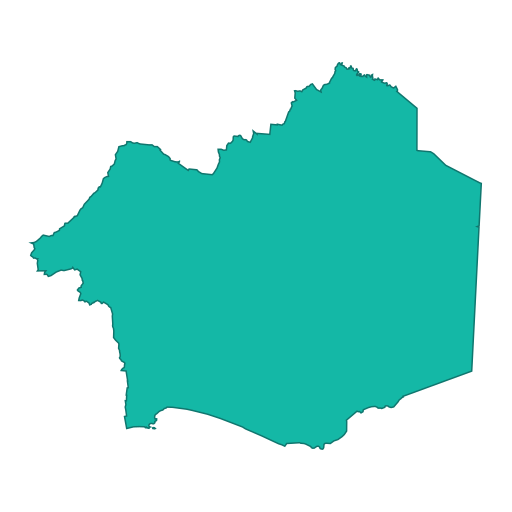 outline of Alexandrina, South Australia, Australia
{"feature_id": "25037944B24690359827006", "entity_name": "Alexandrina", "entity_type": "district", "adm_level": 2, "iso_a3": "AUS", "parent_name": "Australia", "parent_adm1": "South Australia", "projection": "mercator", "projection_center": [138.826, -35.338], "detail": "fine", "context": "isolated", "style": "filled", "palette": "teal", "viewbox_px": 512, "rotation_deg": 0, "n_neighbors": 0, "source": "geoboundaries", "source_scale": "gbopen_adm2", "svg_char_len": 5915}
<svg xmlns="http://www.w3.org/2000/svg" viewBox="0 0 512 512"><path d="M157.3,146.6L154.3,146.6L152.1,144.9L149.1,144.9L140.4,144.0L139.2,143.7L137.1,142.7L134.2,143.3L132.3,142.8L130.7,141.7L126.9,141.7L126.8,143.2L126.2,144.6L124.8,145.1L124.3,145.6L122.2,145.8L118.9,146.7L117.7,151.4L115.4,154.7L116.1,158.9L115.2,160.5L114.3,164.0L112.0,166.1L110.7,166.5L110.2,169.0L107.8,172.6L108.5,176.4L106.8,176.6L104.7,177.6L103.4,178.7L102.2,183.1L100.4,186.9L99.3,186.8L98.2,188.1L97.9,190.0L94.9,192.8L93.8,193.3L91.1,196.5L89.8,197.3L89.1,199.2L84.3,204.3L82.7,207.8L81.1,208.7L80.0,210.1L77.3,215.7L75.6,216.4L75.0,216.2L74.2,216.8L74.4,217.0L67.8,223.2L65.1,223.2L64.8,223.7L64.4,225.9L59.6,228.8L59.4,230.4L56.1,232.1L54.3,232.6L52.9,235.6L51.4,235.5L49.2,236.5L43.2,235.1L41.5,236.5L40.5,237.9L36.3,241.5L34.2,242.5L31.1,242.9L33.7,244.1L34.2,247.7L34.8,248.4L34.5,249.5L31.6,252.8L30.7,255.4L31.5,256.2L32.6,256.8L33.6,258.1L35.2,258.0L36.3,258.7L37.3,258.8L37.0,259.0L37.8,260.3L37.3,263.3L38.2,269.7L37.4,270.9L45.9,270.8L44.6,272.5L44.3,274.4L46.5,274.3L47.4,274.8L48.3,276.4L51.0,275.6L56.3,272.0L61.1,270.1L64.0,270.6L70.9,268.9L72.6,268.1L72.8,267.5L74.7,269.9L77.1,269.1L80.7,271.7L80.1,274.8L82.1,278.5L82.3,280.4L82.7,280.6L83.2,283.2L81.3,285.6L81.1,286.2L81.2,287.3L78.9,288.0L77.4,290.0L78.0,290.9L80.3,292.4L80.8,293.7L79.2,298.0L78.7,300.5L80.9,300.6L82.2,300.0L83.9,300.7L85.0,301.9L85.9,301.3L86.6,301.3L89.0,303.0L89.7,304.9L91.3,304.3L91.7,303.4L92.7,303.1L93.3,302.4L93.8,302.7L95.2,301.5L97.6,300.4L100.8,302.2L101.3,303.4L102.0,303.5L103.6,302.1L107.9,304.7L108.7,306.2L109.7,307.1L110.7,307.5L112.6,314.0L112.3,316.1L112.8,324.2L112.6,325.2L112.7,326.6L113.5,328.4L113.8,331.0L113.6,337.6L115.6,340.2L118.6,343.1L118.9,344.2L118.6,348.3L119.6,350.6L119.6,351.8L120.1,353.9L120.2,355.6L120.2,356.5L119.5,357.8L119.8,358.6L120.7,359.3L121.5,360.9L124.6,362.6L124.9,363.8L124.6,364.1L124.3,367.5L123.0,368.2L121.7,369.5L121.2,370.5L126.1,371.0L127.7,381.1L127.4,381.1L128.3,387.7L127.2,387.9L126.2,395.1L126.7,395.2L126.4,400.8L125.3,400.7L125.9,404.7L125.2,407.0L125.8,410.0L126.6,416.0L124.5,416.5L126.7,428.5L133.6,426.8L139.5,426.6L144.7,426.8L145.3,427.6L146.2,427.2L146.3,427.8L147.8,427.7L148.0,428.2L149.0,428.3L149.6,427.2L150.2,427.0L149.5,426.7L148.8,425.7L148.9,425.0L149.6,424.0L150.6,423.5L152.0,423.4L152.7,423.8L153.7,423.8L154.9,422.7L154.8,421.5L156.5,420.5L156.7,418.9L155.9,418.7L155.2,419.0L154.6,418.0L154.8,415.5L155.8,414.2L156.5,413.9L159.2,411.4L160.8,410.6L162.8,410.0L164.3,408.5L166.1,408.0L167.1,407.1L172.7,407.3L186.8,409.2L192.2,410.4L207.5,414.2L220.2,418.4L242.6,427.0L245.4,428.8L262.0,436.0L278.5,443.7L281.9,444.8L284.8,446.2L286.7,443.5L299.7,442.7L300.6,443.2L304.0,443.5L305.6,444.0L310.1,446.2L310.8,446.6L311.4,447.6L312.6,448.2L314.2,448.1L316.9,446.3L318.4,446.2L319.6,447.0L319.8,447.9L320.4,448.7L322.3,449.2L323.1,448.8L323.7,447.6L324.0,444.3L324.8,443.5L326.2,443.2L330.3,443.5L333.9,440.9L338.0,439.5L342.1,436.6L344.3,434.5L346.6,431.1L346.7,421.6L346.4,420.2L357.0,411.2L358.2,411.7L359.6,411.6L361.0,412.9L363.0,411.7L363.2,410.0L363.6,409.6L368.3,407.6L371.5,406.7L375.1,406.4L376.8,407.0L378.1,408.1L380.9,408.1L381.7,408.5L384.8,407.3L385.0,406.3L386.0,405.8L388.0,406.0L389.0,406.9L391.1,407.5L393.7,406.9L398.0,401.9L399.3,399.8L401.0,398.6L401.5,397.9L403.3,396.9L403.0,396.3L471.7,371.1L479.0,227.2L477.2,226.6L479.1,225.8L481.3,183.4L479.4,182.7L445.7,165.3L433.8,153.8L430.6,151.8L418.0,150.7L416.9,150.3L417.0,108.3L396.8,91.4L397.4,90.9L397.5,89.7L395.8,86.3L393.6,88.0L391.0,86.7L390.2,85.3L389.5,85.0L388.0,85.7L386.9,85.7L386.7,85.3L387.3,84.0L386.7,82.8L384.5,83.2L381.8,82.2L381.4,81.9L381.5,81.6L382.6,80.5L382.8,79.9L379.7,79.9L378.2,78.1L377.9,78.3L377.9,79.4L377.6,79.7L375.0,79.0L374.9,80.0L374.4,80.3L372.4,79.1L372.9,78.4L372.4,75.9L372.5,74.6L371.4,75.2L371.5,76.5L370.7,77.3L370.2,76.9L369.5,75.2L367.0,74.6L366.6,74.8L366.5,75.4L366.6,77.1L365.0,76.0L364.5,75.0L363.3,75.6L362.9,76.5L360.9,76.4L361.1,74.1L360.1,73.7L359.5,73.8L359.7,75.5L359.5,75.9L358.2,74.8L357.0,75.5L356.6,75.1L356.7,74.3L358.7,72.1L358.6,71.8L357.6,71.5L357.1,69.3L356.7,68.8L356.3,69.0L355.5,70.8L354.1,70.7L353.3,70.0L353.1,68.4L351.5,67.9L351.3,66.4L350.9,65.9L350.5,66.2L350.5,67.5L349.1,67.8L349.4,68.7L348.5,68.6L348.0,69.2L347.0,69.2L346.1,67.7L344.5,67.0L344.1,66.0L342.0,65.3L341.8,64.7L342.2,63.0L341.7,63.1L341.3,64.5L341.0,64.8L340.4,64.6L339.6,62.8L339.1,62.8L338.2,63.5L337.3,65.1L337.1,66.1L335.4,67.5L335.1,69.3L335.7,70.8L335.0,71.7L334.8,73.4L332.9,76.6L332.6,77.6L331.7,78.1L329.4,82.7L329.5,83.1L326.9,84.3L324.5,84.6L323.4,85.4L322.0,88.5L321.1,89.4L320.7,90.2L321.1,92.0L316.6,89.6L312.4,83.9L310.7,84.5L309.1,86.4L307.3,86.5L306.8,86.8L306.1,88.1L302.8,89.9L301.8,91.7L300.0,90.9L297.7,91.3L295.6,90.7L294.6,90.8L295.2,92.9L294.8,98.1L296.6,100.3L293.5,101.8L292.7,102.1L292.4,101.8L291.3,102.9L292.1,106.0L291.2,107.8L291.1,108.7L290.4,109.1L289.6,111.3L288.7,111.9L285.3,121.5L284.8,121.8L284.3,123.6L282.7,124.3L282.0,125.2L277.3,124.2L277.2,124.9L270.9,124.3L269.8,134.4L257.1,133.4L257.1,134.2L253.2,131.0L253.7,133.5L252.6,136.7L252.6,137.7L250.2,142.3L247.5,141.5L246.5,140.0L245.8,139.7L244.0,139.7L242.4,138.7L240.7,135.7L240.0,135.3L239.2,135.4L238.3,135.9L238.0,136.5L234.1,136.0L233.3,136.8L233.1,140.2L232.5,141.3L230.5,143.3L228.5,143.1L226.8,145.6L226.4,149.9L223.8,150.3L221.3,149.3L218.1,149.3L218.4,152.0L219.4,154.4L219.5,156.2L220.2,157.8L219.4,159.7L219.5,162.0L218.4,164.2L217.0,168.1L213.5,173.5L212.2,174.7L201.8,173.6L198.5,171.6L196.9,169.8L189.1,169.0L188.2,170.4L178.3,163.3L179.4,161.8L179.4,161.4L178.7,161.8L177.1,162.0L174.8,161.7L170.4,160.3L170.1,159.8L170.1,158.5L168.5,156.6L164.9,154.5L163.7,154.2L160.0,150.1L160.5,149.5L157.3,146.6ZM154.4,427.7L153.2,427.6L152.7,427.9L152.8,428.5L154.6,428.8L155.3,428.5L154.4,427.7Z" fill="#14b8a6" stroke="#0f766e" stroke-width="1.5"/></svg>